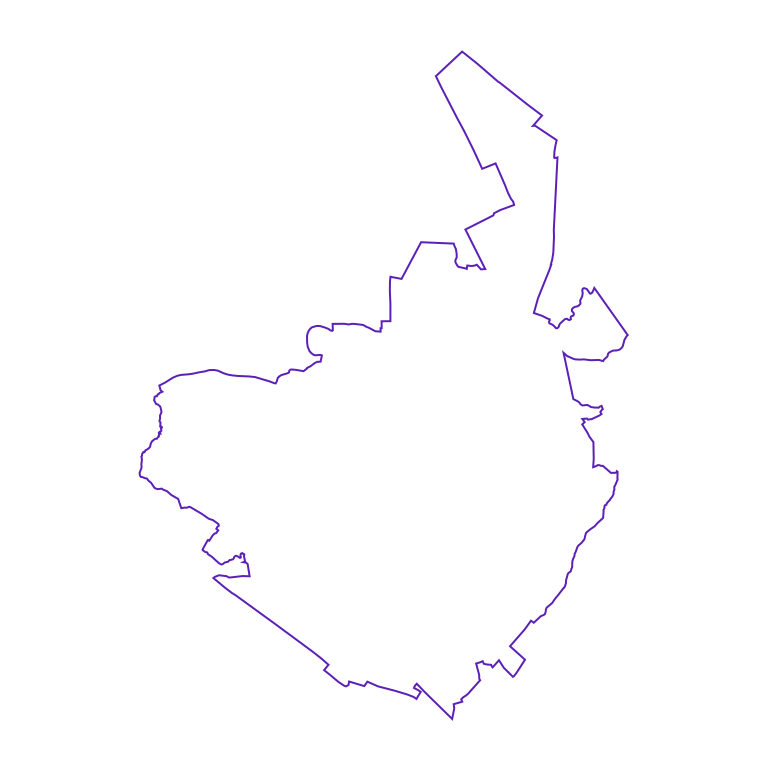 outline of Bals, Olt, Romania, rotated 271°
{"feature_id": "2599482B96753080238477", "entity_name": "Bals", "entity_type": "district", "adm_level": 2, "iso_a3": "ROU", "parent_name": "Romania", "parent_adm1": "Olt", "projection": "orthographic", "projection_center": [24.107, 44.36], "detail": "fine", "context": "isolated", "style": "outline", "palette": "violet", "viewbox_px": 768, "rotation_deg": 271, "n_neighbors": 0, "source": "geoboundaries", "source_scale": "gbopen_adm2", "svg_char_len": 6132}
<svg xmlns="http://www.w3.org/2000/svg" viewBox="0 0 768 768"><g transform="rotate(271 384 384)"><path d="M183.5,567.7L184.7,568.4L187.7,569.3L191.1,569.5L197.0,571.0L198.0,571.5L200.0,574.0L202.8,574.7L203.8,575.3L209.7,575.4L212.4,576.1L215.2,577.4L217.6,577.6L218.8,578.3L224.3,580.2L225.8,581.1L228.5,584.2L232.3,587.1L237.8,588.3L239.0,588.9L242.5,593.0L245.4,597.1L248.6,599.8L253.9,605.4L260.7,605.8L261.7,605.6L263.7,606.5L266.1,606.7L266.7,607.2L267.0,608.4L268.2,608.7L270.3,610.2L272.1,612.0L273.0,612.3L275.3,614.2L278.2,615.5L280.2,615.4L282.6,616.2L285.3,616.0L286.5,616.8L292.6,619.3L293.7,619.0L300.2,619.1L300.8,618.3L299.7,618.0L299.3,617.4L299.1,612.4L306.0,604.3L305.9,602.6L306.6,600.8L306.6,599.2L305.5,597.3L304.5,594.6L312.9,595.0L329.5,594.4L335.1,590.2L338.8,588.3L347.1,582.9L349.4,585.3L352.5,582.9L353.0,587.4L351.9,588.6L352.4,590.9L352.4,592.1L356.3,600.0L357.8,602.0L359.7,600.8L361.9,602.2L362.7,603.2L365.9,601.9L365.2,600.3L364.1,599.1L364.1,595.6L364.4,592.3L364.7,591.0L365.4,590.2L366.6,587.6L366.0,582.7L367.2,580.8L368.6,579.9L370.1,578.0L372.2,573.6L418.3,563.0L415.2,566.6L412.4,573.1L412.0,574.6L411.8,578.9L412.1,583.5L411.4,590.3L411.8,598.5L410.7,602.7L412.3,603.6L415.4,606.9L418.3,607.6L419.6,608.8L421.4,612.4L421.6,615.9L422.2,618.2L422.8,619.4L424.4,621.1L426.0,622.1L432.2,623.6L435.8,625.6L437.2,626.8L483.7,592.6L480.2,591.2L478.9,590.5L478.0,589.3L477.9,588.7L478.2,588.2L482.4,585.2L483.3,582.7L483.3,582.2L482.7,581.1L481.4,580.6L478.1,581.1L475.0,580.6L471.0,578.7L469.8,578.7L468.5,579.1L467.7,579.0L465.8,577.4L465.1,576.2L464.3,573.1L462.9,571.2L461.8,570.6L460.2,570.6L458.1,572.5L457.3,572.7L455.7,572.1L454.8,569.9L453.6,569.4L452.2,569.8L451.2,568.6L451.4,567.1L452.3,566.1L452.3,565.0L452.0,563.8L447.9,559.4L446.8,558.5L444.4,557.8L442.9,556.5L442.8,555.0L445.0,552.9L446.3,551.3L447.2,549.0L447.9,548.1L449.3,547.9L450.9,548.7L451.6,548.5L452.2,546.5L454.9,540.9L457.6,532.6L472.5,536.5L500.2,547.1L506.1,549.1L506.2,548.7L511.8,550.1L518.4,551.0L533.9,551.4L541.0,551.1L613.6,553.5L613.0,551.6L613.0,550.5L613.5,550.2L619.0,550.3L625.2,551.2L630.8,552.4L644.4,531.3L644.9,530.4L644.7,528.5L655.2,537.3L666.1,522.3L687.6,494.1L688.0,493.1L706.1,471.4L717.7,456.3L692.7,430.5L682.0,435.9L651.1,452.5L638.7,459.5L619.4,469.5L600.9,478.4L606.5,491.7L585.0,501.5L577.2,504.7L571.6,507.6L568.5,510.0L565.3,511.0L560.1,497.5L556.7,491.1L554.5,490.4L539.9,462.7L500.7,483.2L500.3,479.0L504.9,474.7L504.1,472.9L503.5,469.8L503.9,465.2L500.5,464.7L501.0,463.4L502.4,456.6L502.9,455.8L505.8,453.9L507.8,453.1L509.4,453.4L511.9,454.5L515.1,454.4L520.0,453.6L523.3,452.0L525.6,451.3L526.4,418.6L489.4,399.7L491.3,388.6L486.6,388.2L477.6,388.2L464.4,389.0L446.9,389.3L446.7,380.5L439.8,380.7L439.7,379.6L436.3,379.7L436.6,374.4L439.9,368.0L441.0,365.1L442.2,363.2L442.8,361.2L443.6,352.9L443.5,350.3L442.9,347.8L443.5,343.0L443.2,331.6L436.9,331.9L436.2,331.2L436.8,329.2L438.0,327.7L439.4,324.1L440.8,319.1L440.9,316.6L440.7,315.0L439.4,311.0L438.0,309.3L436.0,307.9L433.8,306.9L430.8,306.2L424.3,306.4L419.7,307.1L415.5,309.0L413.6,310.8L411.8,313.3L411.5,315.0L412.0,319.7L411.5,321.4L405.2,320.2L405.0,316.9L403.8,314.5L400.4,310.1L398.8,306.9L398.2,306.8L395.4,303.3L396.5,296.5L396.9,291.9L396.7,290.1L395.7,289.1L394.0,288.8L393.2,287.8L391.1,281.2L389.4,278.6L388.8,278.5L388.3,277.7L384.9,276.8L382.7,275.7L382.9,274.2L384.5,269.9L388.7,254.9L389.2,248.8L389.5,237.4L390.0,232.0L390.7,227.6L392.0,223.3L394.4,217.8L395.0,214.3L395.0,210.8L394.6,208.1L393.6,205.2L392.3,198.2L391.2,193.8L390.3,188.5L389.5,180.5L388.5,176.9L386.5,172.6L381.4,164.8L378.6,159.4L373.9,160.7L372.4,162.5L371.1,159.7L369.9,158.9L369.7,157.9L367.8,157.2L367.8,155.9L367.4,155.2L366.6,154.7L365.1,154.8L363.9,154.4L360.3,156.3L360.0,156.6L359.7,158.0L357.9,160.3L356.6,161.0L353.4,161.8L352.1,162.0L348.5,160.6L345.5,160.7L343.4,160.2L342.7,160.2L341.7,161.2L337.4,161.0L337.2,161.4L337.4,162.4L336.8,162.7L336.3,162.6L335.7,161.8L333.4,162.2L332.5,161.5L332.3,160.5L331.7,160.0L331.3,160.0L331.1,160.9L330.5,161.2L330.6,159.8L329.0,160.1L328.4,159.6L327.5,159.8L326.9,158.8L325.4,158.0L325.1,156.0L322.6,153.0L319.9,151.7L317.8,151.4L316.6,150.9L314.7,148.9L313.6,146.7L311.9,145.9L311.6,145.4L311.9,144.9L311.8,144.7L309.8,143.4L307.8,143.2L307.1,142.7L304.3,143.3L299.4,142.8L296.3,143.1L290.9,141.2L289.6,141.3L287.9,141.7L286.9,142.5L286.7,144.1L285.6,146.8L285.3,148.7L283.5,149.9L281.1,152.9L276.7,155.9L275.7,157.0L274.9,159.6L275.5,163.7L274.5,165.0L273.0,169.0L269.3,173.3L265.5,180.2L256.3,183.5L256.9,186.5L256.9,189.1L257.8,191.4L257.7,192.2L251.2,203.7L246.2,211.2L245.0,215.2L241.1,220.9L239.4,221.3L238.2,219.9L236.3,218.9L234.8,220.8L232.1,218.9L231.5,217.2L229.7,215.4L224.2,212.0L225.0,210.8L224.8,210.5L215.4,205.5L214.7,205.6L212.9,208.2L212.7,209.6L212.4,210.3L210.7,211.0L208.2,215.0L204.7,218.9L201.7,222.5L201.0,223.9L200.7,225.0L201.1,225.9L202.8,228.0L203.5,231.1L205.3,232.7L205.3,233.8L205.9,235.1L206.0,236.0L207.0,236.8L208.5,237.3L209.7,238.9L209.2,240.6L207.7,242.7L207.7,243.6L208.6,243.9L209.9,243.5L211.4,243.6L212.1,244.2L212.4,245.5L211.6,246.0L211.6,246.7L211.2,247.3L209.2,247.0L204.3,248.2L203.4,246.4L203.0,249.2L201.6,250.8L189.4,253.0L189.5,245.8L187.8,233.2L188.0,232.0L189.1,229.9L189.9,222.5L188.2,218.2L187.0,216.8L177.6,228.5L172.5,235.4L170.2,239.3L141.5,280.3L114.4,318.3L108.0,326.7L102.3,333.4L96.8,329.1L92.2,335.2L85.3,343.7L81.7,349.3L81.0,351.3L82.5,353.8L85.9,354.3L81.6,369.6L86.1,372.6L81.6,383.2L77.5,400.2L74.0,412.6L71.6,419.1L69.7,421.9L76.8,426.1L78.5,423.5L80.6,419.3L82.4,419.9L84.9,422.0L76.7,430.1L50.3,458.0L60.9,459.9L65.1,459.3L67.7,467.8L70.2,466.7L72.4,469.0L74.0,471.5L75.7,473.4L89.5,485.3L90.8,484.4L94.9,484.2L106.1,481.0L107.5,485.2L108.6,487.5L106.0,488.7L105.3,492.3L105.1,496.0L103.3,496.9L102.6,497.6L109.8,503.8L102.4,508.7L93.5,518.0L93.9,518.8L97.3,521.4L110.8,529.8L124.0,514.6L141.1,529.0L149.9,535.1L147.9,537.9L154.6,544.9L155.9,547.8L156.7,548.9L159.0,549.6L161.4,549.8L163.3,550.6L167.9,555.9L173.4,559.6L174.8,560.9L183.4,567.3L183.5,567.7Z" fill="none" stroke="#5b21b6" stroke-width="2"/></g></svg>